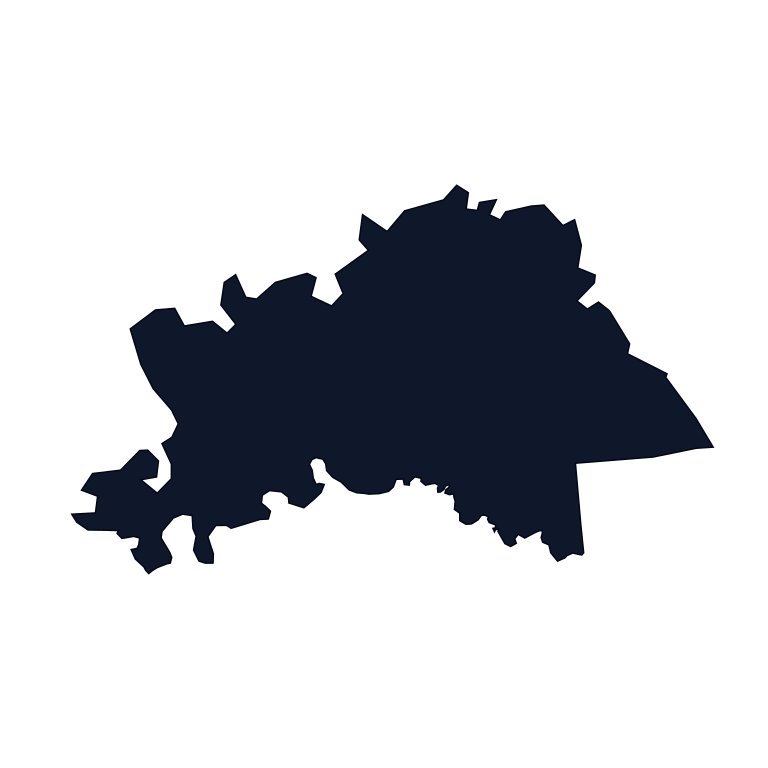 Greene, Alabama, United States of America, rotated 85°
{"feature_id": "52423323B21487028276872", "entity_name": "Greene", "entity_type": "district", "adm_level": 2, "iso_a3": "USA", "parent_name": "United States of America", "parent_adm1": "Alabama", "projection": "equal_earth", "projection_center": [-87.872, 32.837], "detail": "fine", "context": "isolated", "style": "filled", "palette": "ink", "viewbox_px": 768, "rotation_deg": 85, "n_neighbors": 0, "source": "geoboundaries", "source_scale": "gbopen_adm2", "svg_char_len": 2735}
<svg xmlns="http://www.w3.org/2000/svg" viewBox="0 0 768 768"><g transform="rotate(85 384 384)"><path d="M463.4,694.6L470.8,679.1L487.3,682.7L486.5,706.4L494.8,702.2L503.6,691.6L505.3,674.8L506.9,661.4L509.6,662.9L515.0,658.5L514.0,646.6L516.1,640.8L522.9,642.4L526.3,644.4L526.9,650.3L536.6,647.0L545.5,639.0L548.7,637.7L552.3,634.9L549.7,631.0L547.2,626.2L544.2,616.0L543.8,612.5L538.3,610.6L533.2,612.1L517.9,619.5L511.5,618.0L499.2,605.6L496.1,595.9L498.4,586.5L503.9,586.7L511.4,586.9L519.3,584.4L532.9,588.2L544.3,583.7L546.9,577.6L547.5,569.9L538.3,568.8L520.8,572.8L510.3,563.9L511.1,553.2L514.4,548.8L508.1,519.3L508.4,511.0L500.8,508.2L495.8,512.6L492.1,516.5L484.2,514.9L480.2,507.3L482.5,495.5L488.4,489.1L494.3,489.1L500.3,474.6L493.1,464.3L486.6,456.2L478.9,452.3L477.4,457.2L478.2,460.3L471.5,462.7L463.8,463.0L457.4,465.3L453.0,462.3L451.3,457.7L452.3,455.8L453.4,451.6L458.4,449.0L465.3,448.7L472.4,443.3L478.1,435.1L486.5,427.9L490.0,420.6L491.1,413.9L492.4,408.4L492.8,398.3L491.3,388.7L487.4,383.7L480.0,380.2L480.4,373.2L486.0,372.5L486.9,367.7L483.5,367.0L479.2,361.2L481.2,355.1L484.2,355.7L488.4,351.5L487.6,345.3L487.5,341.6L489.9,338.4L492.5,339.8L496.4,339.8L496.5,337.3L494.3,333.5L491.1,331.7L490.0,328.6L491.3,327.5L493.2,329.2L494.6,331.5L497.9,332.8L500.0,328.4L499.5,324.2L503.0,324.2L506.9,323.3L515.1,324.8L519.3,319.8L526.7,320.4L530.9,314.6L531.0,309.0L527.5,302.1L523.2,298.4L523.6,294.6L525.7,291.4L527.6,292.6L531.2,291.3L534.0,285.2L537.0,285.4L537.3,288.1L540.9,286.8L538.8,285.6L538.7,282.2L540.8,283.3L553.5,277.5L556.9,272.0L554.2,266.1L549.6,267.3L545.4,263.5L549.7,257.2L545.2,246.5L544.0,243.0L543.5,239.2L546.5,239.3L550.5,240.8L555.4,239.8L558.7,233.7L566.7,232.6L575.6,226.5L572.9,218.8L570.8,216.6L569.3,211.9L568.8,210.9L571.6,201.9L569.6,199.8L540.8,200.2L479.6,200.2L480.2,122.3L475.2,78.6L475.6,61.6L445.5,76.2L402.0,102.7L398.5,101.2L375.1,138.8L365.4,135.8L330.6,153.1L321.1,163.2L327.1,174.9L318.0,184.6L301.5,165.6L293.9,164.1L285.3,180.9L263.0,175.3L236.9,179.8L241.8,192.0L219.7,209.0L219.6,222.0L223.1,247.8L230.7,253.8L224.6,264.3L210.2,256.0L211.5,273.1L219.2,275.9L216.9,286.9L200.8,283.3L192.4,294.3L205.8,308.6L213.3,348.4L232.4,367.6L213.4,390.6L238.3,396.1L249.5,387.9L270.3,423.0L290.4,416.8L301.7,429.4L290.3,449.0L272.2,442.4L267.1,451.0L273.3,483.3L288.3,503.5L285.6,514.1L262.2,522.3L268.9,534.3L291.1,539.6L311.6,526.4L319.7,535.9L306.6,549.4L308.8,577.9L290.4,585.9L290.3,605.2L307.0,632.0L343.4,624.5L368.6,614.3L391.4,597.9L405.7,592.4L418.6,600.0L424.0,610.4L445.2,602.8L459.8,604.1L473.0,619.4L458.2,634.6L456.8,618.7L441.0,615.4L429.3,625.2L429.0,633.1L446.9,654.0L447.8,682.1L463.4,694.6Z" fill="#0f172a" stroke="#020617" stroke-width="1.5"/></g></svg>